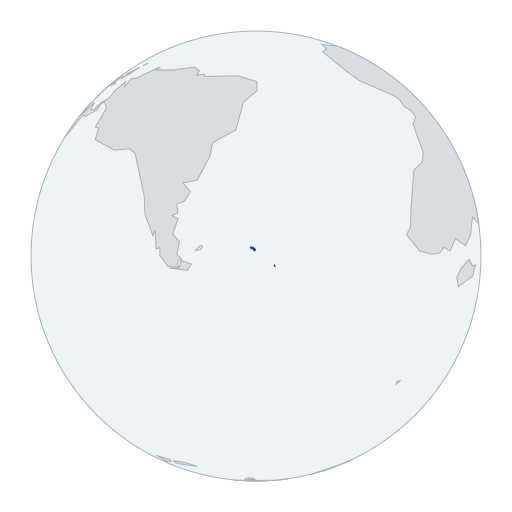 the Earth from above South Georgia and the Islands
{"feature_id": "SGS", "entity_name": "South Georgia and the Islands", "entity_type": "country or territory", "adm_level": 0, "iso_a3": "SGS", "parent_name": "Seven seas (open ocean)", "parent_adm1": "", "projection": "orthographic", "projection_center": [-35.407, -56.238], "detail": "fine", "context": "on_globe", "style": "filled", "palette": "blue", "viewbox_px": 512, "rotation_deg": 0, "n_neighbors": 0, "source": "natural_earth", "source_scale": "50m", "svg_char_len": 3328}
<svg xmlns="http://www.w3.org/2000/svg" viewBox="0 0 512 512"><circle cx="256" cy="256" r="225" fill="#eef3f6" stroke="#a8b0b8"/><path d="M112.0,82.7L111.9,82.8L112.0,82.7ZM72.7,125.0L79.3,116.4L84.0,110.5L91.7,101.9L81.8,114.6L94.5,102.1L90.7,109.9L93.8,109.8L101.2,102.6L108.6,98.4L115.4,90.1L125.6,81.7L124.3,87.2L131.2,78.8L136.1,78.3L157.3,68.0L155.3,70.0L173.0,69.9L194.4,67.2L199.4,71.0L196.6,74.9L204.5,74.2L204.7,76.4L238.1,75.8L256.7,81.5L257.1,90.6L243.5,102.1L235.8,129.9L212.7,142.6L209.9,156.3L197.3,180.1L182.9,182.8L190.3,191.7L185.0,200.6L176.5,204.4L178.0,212.7L171.8,215.6L178.0,218.9L172.7,234.0L179.5,241.6L176.8,254.3L181.6,258.9L178.8,260.1L177.2,263.8L178.6,267.2L168.2,266.6L160.0,255.6L159.8,247.7L156.1,248.9L155.1,230.4L152.9,235.6L145.0,214.3L144.1,195.3L135.1,153.5L129.5,148.8L114.2,150.1L95.3,139.7L98.7,128.1L95.3,127.1L106.4,108.1L104.6,101.9L101.0,103.8L96.7,110.0L85.4,116.4L83.0,115.2L63.9,138.4L72.7,125.0ZM108.9,85.5L123.7,75.6L113.3,83.3L115.6,81.2L112.3,83.2L105.5,88.6L96.9,96.6L108.9,85.5ZM187.2,270.3L169.9,268.2L178.9,268.1L181.1,260.4L191.6,264.1L187.2,270.3ZM195.4,250.3L200.4,245.3L202.7,246.3L199.9,250.1L195.4,250.3ZM479.0,224.4L479.1,224.5L472.5,216.7L470.6,234.5L465.5,245.7L455.4,238.7L450.2,251.1L444.1,247.1L439.7,253.2L431.4,254.2L419.8,251.0L406.4,234.7L410.4,227.2L411.0,207.2L414.0,169.7L422.4,162.0L423.2,152.3L413.0,124.2L415.6,117.5L411.7,111.1L404.3,106.4L399.1,99.2L394.2,95.8L359.5,80.7L345.9,70.8L322.5,51.7L326.6,49.0L322.1,44.5L338.6,46.4L353.1,52.7L367.2,60.1L380.6,68.3L393.5,77.6L405.7,87.7L417.2,98.6L427.8,110.3L437.6,122.7L446.6,135.8L454.5,149.5L461.5,163.7L467.5,178.4L472.4,193.4L476.3,208.8L479.0,224.4ZM344.8,49.1L345.8,49.7L344.8,49.1ZM158.0,67.6L160.4,67.6L156.9,69.1L158.0,67.6ZM110.8,86.0L114.4,83.4L115.9,82.6L113.0,84.9L110.8,86.0ZM143.8,65.1L148.4,63.1L143.1,66.0L143.8,65.1ZM126.2,74.2L140.0,67.0L129.8,73.7L121.3,78.5L127.8,74.1L126.2,74.2ZM116.3,79.4L118.3,77.9L117.0,79.0L116.3,79.4ZM400.3,380.6L396.3,384.2L397.1,381.2L400.3,380.6ZM472.8,275.9L458.5,286.6L456.7,277.8L460.7,268.9L468.9,259.3L472.4,265.8L475.3,264.9L472.8,275.9ZM177.4,463.5L172.9,460.8L178.5,461.4L187.2,463.0L197.4,466.5L177.4,463.5ZM251.9,478.0L255.5,479.6L245.0,479.3L246.5,478.0L251.9,478.0ZM171.1,461.7L166.2,460.8L167.6,462.7L164.3,459.9L156.5,455.5L170.2,459.6L171.1,461.7ZM310.9,474.5L338.5,465.0L347.9,461.1L347.8,461.6L352.4,459.6L332.0,468.1L310.9,474.5ZM233.2,480.1L239.1,480.2L250.7,480.3L254.6,480.7L259.0,480.4L268.2,480.3L276.7,480.3L280.8,479.8L279.0,480.1L256.1,481.3L233.2,480.1ZM280.1,480.0L283.6,479.5L287.9,479.0L280.1,480.0Z" fill="#d9dde1" stroke="#a8b0b8" stroke-width="1"/><path d="M252.1,247.5L252.3,247.7L252.5,247.6L252.8,247.6L253.0,247.7L253.2,248.0L253.2,248.3L253.4,248.2L253.6,248.4L253.8,248.3L253.9,248.2L254.0,248.3L254.1,248.6L254.4,249.0L254.5,249.4L254.9,249.4L254.8,249.7L254.9,250.0L255.1,250.2L255.0,250.3L254.8,250.5L254.5,250.6L254.4,250.6L254.1,250.3L253.9,249.9L253.6,249.5L253.6,249.3L253.5,249.2L253.2,249.2L252.8,248.8L252.7,248.7L252.3,248.6L252.2,248.5L252.0,248.3L251.2,247.9L250.9,247.9L250.7,247.8L250.7,247.6L250.9,247.4L250.2,247.4L251.1,247.3L251.4,247.2L251.5,247.3L251.8,247.5L252.1,247.5ZM274.7,265.9L274.7,266.1L274.4,265.9L274.5,265.6L274.7,265.9Z" fill="#3b82f6" stroke="#1e3a8a" stroke-width="1.5"/></svg>